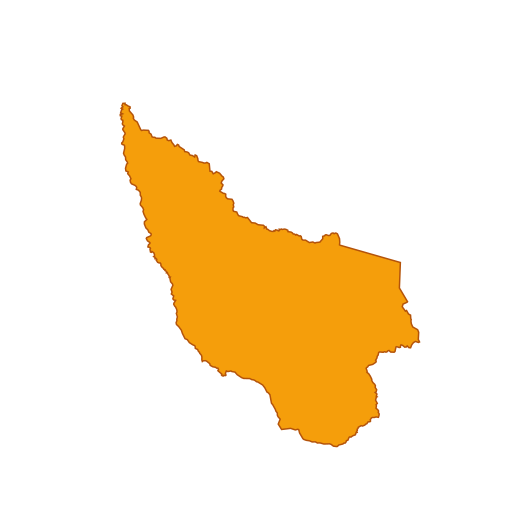 Campinápolis, Mato Grosso, Brazil, rotated 321°
{"feature_id": "56859067B49956059749478", "entity_name": "Campinápolis", "entity_type": "district", "adm_level": 2, "iso_a3": "BRA", "parent_name": "Brazil", "parent_adm1": "Mato Grosso", "projection": "natural_earth1", "projection_center": [-53.146, -14.256], "detail": "fine", "context": "isolated", "style": "filled", "palette": "amber", "viewbox_px": 512, "rotation_deg": 321, "n_neighbors": 0, "source": "geoboundaries", "source_scale": "gbopen_adm2", "svg_char_len": 6112}
<svg xmlns="http://www.w3.org/2000/svg" viewBox="0 0 512 512"><g transform="rotate(321 256 256)"><path d="M250.4,54.9L248.6,53.6L246.4,54.8L246.4,56.3L244.2,56.3L244.8,57.9L243.6,57.8L240.8,59.6L241.7,61.5L239.5,60.7L238.8,61.6L239.7,62.9L237.5,64.4L237.2,65.4L237.9,66.7L236.8,68.1L235.3,69.1L235.0,70.2L235.5,72.2L232.7,73.2L232.0,74.0L231.7,77.6L231.2,78.7L228.2,79.8L227.5,80.4L227.1,81.8L224.2,83.5L222.9,83.6L222.2,84.3L222.4,85.4L223.2,86.3L223.2,87.7L221.6,89.8L217.7,92.8L217.1,94.6L216.9,96.9L215.3,99.2L215.1,102.2L214.5,103.2L213.3,103.2L209.8,105.7L208.4,108.0L209.6,110.3L208.1,111.3L208.2,114.2L207.4,117.3L205.9,117.8L204.8,119.8L204.7,121.6L206.4,125.0L206.7,126.7L206.4,127.7L204.9,128.9L206.1,130.9L206.1,133.7L204.3,136.0L204.1,137.8L203.5,139.0L201.8,140.7L199.1,142.3L198.3,143.5L198.4,147.1L197.8,149.3L196.3,150.2L195.2,153.0L194.3,156.8L194.2,158.9L190.8,159.2L189.4,160.8L188.1,164.9L188.4,167.7L187.7,170.0L188.5,172.5L187.9,173.6L186.7,174.0L182.6,172.9L181.7,173.4L181.2,175.9L182.0,178.8L181.4,179.5L179.5,179.6L177.7,180.9L178.9,182.8L178.7,183.7L177.9,184.0L176.5,186.5L177.0,187.3L178.0,187.0L178.6,189.3L177.9,191.2L177.0,192.1L176.1,192.1L176.7,193.5L175.9,194.4L176.7,194.7L176.8,196.1L175.9,196.2L175.6,199.0L176.3,200.4L177.2,201.1L177.0,202.4L176.1,203.6L175.9,205.1L176.2,207.4L176.0,208.4L176.7,209.4L176.1,210.0L176.5,210.9L176.5,211.9L175.8,212.7L176.7,213.1L176.2,214.2L176.0,216.8L175.1,217.9L176.1,218.5L175.1,219.1L173.4,222.3L173.5,225.1L173.0,226.4L169.0,228.5L168.0,231.3L166.3,232.2L166.9,235.2L164.4,237.0L164.4,238.4L165.6,239.9L162.5,241.0L161.7,241.7L161.3,243.7L161.4,245.0L160.7,247.7L160.0,249.0L159.1,250.0L158.0,250.4L156.6,253.9L154.7,255.2L153.9,256.4L151.9,257.6L151.1,259.2L151.5,262.2L151.3,266.7L150.1,269.8L148.8,275.6L150.0,277.8L149.7,281.4L151.0,285.3L151.9,287.0L151.8,288.0L150.7,289.6L151.8,291.9L151.2,294.1L151.5,295.1L151.1,296.1L151.1,298.9L150.4,300.4L148.5,302.7L147.9,304.2L149.0,304.2L150.8,305.5L151.4,306.5L152.3,310.5L151.6,312.2L152.7,314.9L154.5,317.0L154.9,318.5L155.8,319.2L155.5,320.6L154.2,321.2L155.1,326.4L154.3,326.7L154.4,327.9L155.1,328.7L156.1,328.5L156.6,329.5L157.4,329.8L158.0,329.1L158.3,328.0L160.6,326.7L161.4,328.1L164.2,329.6L164.5,330.6L166.6,333.0L166.7,336.4L168.3,341.5L169.4,343.4L174.1,347.4L175.0,349.6L175.9,350.3L176.8,351.9L177.3,354.1L178.1,355.0L180.0,360.4L179.9,364.0L178.9,368.6L179.5,370.1L179.5,372.6L175.4,380.1L175.4,382.2L174.5,387.3L173.8,389.2L173.8,391.3L172.4,393.2L172.0,394.8L172.1,398.0L167.5,400.6L166.7,406.9L174.4,411.7L177.1,415.9L179.5,417.0L179.9,418.0L178.5,420.9L177.5,427.5L177.7,428.6L179.1,430.9L181.3,433.3L182.6,435.8L185.2,437.8L186.0,439.9L188.1,441.5L190.4,444.8L195.0,448.3L195.8,449.6L196.5,452.5L198.6,454.7L199.4,455.2L201.4,455.0L205.3,456.8L206.5,456.7L207.6,457.5L208.9,457.2L210.1,456.4L211.4,457.0L214.2,455.5L215.1,455.6L215.8,456.5L218.0,456.6L220.7,457.5L222.4,456.3L223.6,456.7L223.8,455.5L224.9,455.4L225.6,454.3L226.7,454.2L227.7,453.5L230.9,454.0L231.8,455.2L234.2,455.9L235.3,455.7L236.6,456.1L238.7,455.4L240.3,456.5L241.1,456.4L241.8,455.1L243.8,454.5L244.8,454.7L246.4,456.0L248.0,456.6L249.6,458.4L250.4,457.9L251.9,456.8L252.5,455.8L252.5,454.6L253.7,453.6L253.9,452.4L253.5,449.8L255.2,448.3L255.8,447.1L257.5,446.9L258.2,443.3L260.7,441.4L261.5,441.6L261.3,440.6L263.1,439.4L262.8,437.0L263.8,437.2L265.6,435.9L265.9,433.2L267.2,431.9L267.5,430.4L267.2,427.8L267.7,425.3L268.4,424.7L269.2,421.3L269.5,418.4L269.0,416.2L269.8,415.6L270.9,412.6L271.8,412.3L272.9,412.5L274.6,411.9L278.5,413.7L282.3,414.0L283.3,413.3L283.3,412.3L285.8,411.4L287.1,410.2L288.5,409.9L290.6,408.2L291.6,408.3L294.3,410.9L295.6,411.2L296.4,412.4L297.3,412.9L298.8,412.7L299.9,413.1L300.2,415.4L302.8,417.7L303.9,417.7L307.5,414.8L308.4,415.1L309.7,417.3L310.8,417.8L311.7,416.8L312.8,416.3L313.7,417.8L314.2,420.4L315.6,421.3L316.9,421.0L317.2,423.6L318.4,424.6L321.2,423.0L323.8,422.4L326.1,422.7L327.9,425.5L329.0,425.7L329.6,423.0L334.4,417.7L334.7,416.8L335.2,415.0L333.2,409.9L333.6,408.1L334.1,406.4L335.5,404.0L336.6,403.1L336.9,402.0L338.9,399.2L338.0,397.0L338.7,393.1L337.4,392.9L337.7,387.5L340.0,385.9L344.2,387.0L345.0,386.9L347.3,371.1L364.1,351.9L328.3,300.8L327.9,299.9L329.7,298.1L331.8,295.1L333.2,290.1L332.8,288.9L332.1,288.1L330.7,287.8L330.5,286.8L329.7,286.2L328.6,285.9L326.4,286.5L325.2,285.7L323.9,283.6L323.0,283.2L322.1,283.5L320.2,282.7L318.7,284.6L314.3,285.4L311.1,283.3L310.0,283.1L309.0,280.9L305.9,279.1L304.5,274.9L302.6,273.3L302.1,272.0L303.4,269.2L303.1,268.1L302.2,267.7L301.1,264.8L300.1,264.8L299.8,263.3L298.8,262.3L298.8,260.9L298.3,259.5L296.2,257.2L296.9,256.0L296.0,254.1L295.1,253.0L293.0,251.8L292.6,250.9L291.6,250.8L290.9,249.8L290.0,250.9L289.2,250.6L288.7,249.2L287.6,247.9L286.2,248.5L285.9,247.6L284.7,247.7L283.6,246.6L282.4,244.7L281.9,242.6L281.3,242.0L282.1,239.6L280.2,239.4L281.3,238.3L281.1,236.8L277.3,233.0L276.1,229.9L273.5,227.3L273.6,220.7L272.0,219.9L271.3,218.5L270.4,218.0L270.2,216.9L268.0,214.0L267.9,212.6L268.7,209.7L266.7,207.1L267.0,205.8L268.5,204.1L269.6,203.9L270.5,201.9L272.0,201.0L272.8,198.6L273.0,196.8L269.9,193.7L269.6,191.9L270.0,190.5L271.4,188.9L270.9,187.6L270.1,186.8L268.6,182.8L269.4,182.3L271.4,182.3L272.4,181.2L274.2,180.6L275.1,180.0L274.9,177.4L276.6,176.3L279.6,175.8L280.3,174.1L279.9,172.7L279.8,168.7L278.2,165.5L277.0,165.7L274.5,165.2L274.9,162.4L273.6,161.1L277.7,154.9L276.7,152.3L275.6,152.1L274.1,151.1L273.3,149.6L270.9,146.7L270.9,145.4L272.1,143.6L273.0,140.7L272.3,139.2L270.6,140.4L269.8,137.9L268.2,136.0L268.6,133.3L267.9,131.8L266.3,130.0L267.0,128.3L265.2,122.6L265.7,121.0L265.1,119.8L263.4,120.2L261.7,119.6L262.1,118.0L262.1,114.8L262.8,112.3L260.8,111.5L260.0,110.0L260.8,108.4L260.3,106.3L259.4,105.6L256.1,104.7L252.4,101.5L252.1,100.1L250.9,99.1L250.2,98.0L251.1,95.3L250.5,93.0L251.4,91.7L251.4,90.6L247.6,87.2L246.1,86.5L245.9,85.3L248.0,77.1L247.0,73.7L247.4,71.6L248.3,71.1L249.1,68.8L248.9,63.6L250.3,61.5L251.3,61.9L252.0,60.7L251.0,59.0L250.4,56.9L249.5,56.0L250.4,54.9Z" fill="#f59e0b" stroke="#b45309" stroke-width="1.5"/></g></svg>